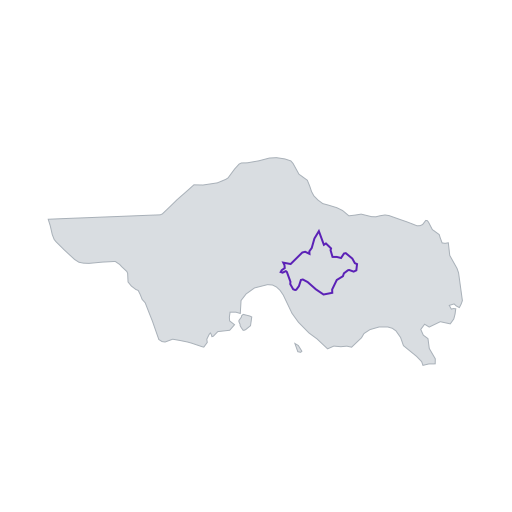 location of Sidi Bou Zid within Tunisia, rotated 100°
{"feature_id": "TUN-113", "entity_name": "Sidi Bou Zid", "entity_type": "Governorate", "adm_level": 1, "iso_a3": "TUN", "parent_name": "Tunisia", "parent_adm1": "", "projection": "robinson", "projection_center": [9.5, 34.865], "detail": "coarse", "context": "in_parent", "style": "outline", "palette": "violet", "viewbox_px": 512, "rotation_deg": 100, "n_neighbors": 0, "source": "natural_earth", "source_scale": "10m", "svg_char_len": 3009}
<svg xmlns="http://www.w3.org/2000/svg" viewBox="0 0 512 512"><g transform="rotate(100 256 256)"><path d="M354.8,291.6L354.7,293.2L353.0,304.4L352.6,308.5L352.4,315.4L352.4,323.6L356.5,330.6L356.6,333.7L355.1,337.2L347.8,341.3L338.3,346.6L330.2,351.6L321.3,357.0L318.5,360.6L314.1,363.3L310.4,366.0L309.8,368.6L307.2,373.6L303.8,377.5L295.3,379.4L293.7,380.5L289.8,386.5L288.0,388.8L285.8,393.7L288.7,406.3L292.3,419.3L293.0,424.7L292.9,429.3L290.9,434.1L286.4,441.1L283.1,446.2L276.7,455.4L274.8,457.6L270.4,460.3L261.9,463.9L255.9,467.0L252.8,453.0L250.2,441.0L248.1,431.2L244.3,413.8L241.1,399.0L237.9,384.3L235.0,371.0L232.1,357.5L230.9,355.6L222.2,349.2L214.1,343.4L205.8,336.7L196.7,329.5L195.3,320.5L190.7,306.8L185.8,299.1L184.0,297.1L174.1,292.2L168.4,288.6L166.9,286.5L165.8,280.9L161.8,269.8L157.2,259.8L155.6,252.9L155.4,244.4L156.3,238.2L158.4,235.6L168.0,227.9L172.5,218.6L178.1,215.1L182.9,212.5L186.7,209.5L190.2,204.6L192.8,199.4L193.3,193.7L194.4,184.8L196.2,178.6L200.3,171.5L198.6,165.8L196.5,159.7L197.2,149.1L196.6,144.8L194.9,141.0L193.2,136.1L193.1,132.0L194.9,121.3L196.2,113.2L198.3,102.6L197.6,99.6L196.1,97.4L191.5,95.0L191.4,93.6L192.6,92.1L199.4,86.9L203.1,79.3L206.2,77.7L210.8,75.0L210.7,72.0L209.6,68.9L221.8,65.3L233.3,55.9L237.4,53.6L264.1,45.0L267.6,45.6L271.5,46.8L270.4,50.1L268.8,52.6L271.1,57.1L274.4,54.4L273.5,52.5L273.3,50.1L278.8,49.9L283.7,50.3L289.1,52.9L288.7,63.1L295.9,73.1L293.9,78.1L299.7,81.0L304.9,77.5L307.5,72.3L317.0,69.3L326.1,61.6L331.1,60.8L332.3,67.1L334.7,72.6L331.3,74.5L327.0,80.4L318.7,95.2L311.1,99.5L305.4,105.2L303.5,109.3L303.0,114.0L304.5,122.4L308.7,131.0L313.6,136.2L318.2,137.9L329.2,146.0L329.0,150.9L330.6,156.7L331.2,163.7L335.0,169.4L327.0,181.6L322.6,190.5L313.9,202.7L306.2,210.6L289.7,222.4L285.6,226.4L283.0,230.4L281.7,234.7L282.2,239.7L287.7,251.9L295.0,259.1L302.4,263.0L315.3,261.5L314.8,266.2L315.8,271.8L321.0,271.6L324.5,270.7L327.4,265.2L333.7,269.0L337.1,280.5L342.4,284.1L343.1,285.4L341.2,286.3L339.7,287.6L341.3,288.5L346.5,290.0L349.6,289.0L354.8,291.6ZM327.4,259.5L326.1,259.8L323.7,261.4L322.4,261.6L318.8,259.8L317.4,259.8L315.7,258.5L316.2,251.6L316.8,249.6L325.6,249.3L330.4,253.5L331.1,254.6L331.4,255.8L329.1,258.1L327.4,259.5ZM343.0,198.2L335.4,202.5L336.8,198.8L341.8,194.3L343.1,195.3L343.0,198.2Z" fill="#d9dde1" stroke="#a8b0b8" stroke-width="1"/><path d="M246.4,155.1L252.7,154.7L254.4,157.1L253.6,161.9L254.1,163.0L257.8,166.4L260.8,166.9L265.6,172.3L275.8,175.2L279.0,174.5L282.2,182.8L278.4,191.3L272.7,200.6L271.0,205.8L271.8,207.6L278.2,208.5L282.2,210.5L282.7,211.5L282.3,213.6L277.7,217.4L275.4,217.6L266.4,222.8L265.7,224.0L267.8,226.9L267.5,228.9L265.5,228.2L262.9,225.6L260.0,226.4L257.8,228.0L257.9,220.5L244.5,211.0L243.3,208.3L244.6,203.7L242.2,204.3L238.4,202.5L228.6,201.5L220.6,198.4L233.2,191.1L231.5,189.3L235.5,183.4L237.3,183.6L243.6,180.5L242.9,176.2L243.2,171.9L238.3,169.8L237.6,168.1L241.8,160.7L245.9,157.4L246.4,155.1Z" fill="none" stroke="#5b21b6" stroke-width="2"/></g></svg>